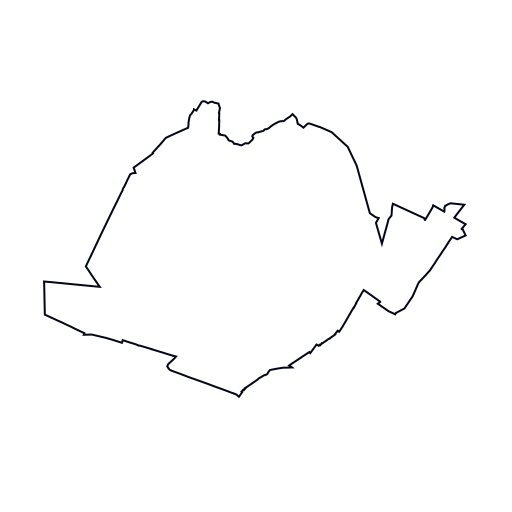 the district of Apodaca, Nuevo León, Mexico, rotated 295°
{"feature_id": "50627088B93095957405368", "entity_name": "Apodaca", "entity_type": "district", "adm_level": 2, "iso_a3": "MEX", "parent_name": "Mexico", "parent_adm1": "Nuevo León", "projection": "robinson", "projection_center": [-100.188, 25.787], "detail": "fine", "context": "isolated", "style": "outline", "palette": "ink", "viewbox_px": 512, "rotation_deg": 295, "n_neighbors": 0, "source": "geoboundaries", "source_scale": "gbopen_adm2", "svg_char_len": 5993}
<svg xmlns="http://www.w3.org/2000/svg" viewBox="0 0 512 512"><g transform="rotate(295 256 256)"><path d="M222.4,363.3L223.9,363.6L225.9,363.9L227.3,364.1L229.4,364.4L230.2,364.4L232.9,364.7L235.4,364.9L239.0,365.2L243.1,365.6L246.1,365.8L250.8,366.3L250.8,366.6L251.6,366.6L255.5,366.8L255.6,366.6L256.0,366.6L256.8,366.7L259.6,367.0L262.5,367.2L263.9,367.4L265.4,367.4L267.2,367.6L270.7,368.0L270.5,369.2L269.6,374.3L269.4,375.5L269.2,376.4L269.1,377.3L268.2,381.6L267.9,383.6L267.3,386.7L267.1,387.8L266.9,388.0L266.7,387.9L264.2,386.6L263.8,389.2L263.6,390.1L262.7,395.5L262.5,396.4L262.0,399.5L262.0,401.8L262.0,402.1L262.0,402.6L262.0,403.5L262.0,406.8L263.4,406.8L263.7,407.0L263.9,407.2L269.6,411.5L270.6,412.3L271.2,412.7L283.8,414.7L285.6,415.0L292.0,414.9L294.2,414.8L297.9,414.7L300.4,414.7L300.6,414.7L301.1,414.8L303.5,415.6L309.8,417.7L312.8,418.6L314.5,419.1L314.8,419.2L316.1,419.7L318.3,420.0L324.0,420.9L330.0,421.7L332.4,422.1L336.1,422.7L339.0,423.1L344.8,424.1L346.0,424.1L346.6,424.3L349.1,424.6L349.3,424.8L349.9,424.6L350.8,424.8L356.2,425.7L356.2,431.3L363.2,437.3L367.5,432.1L367.2,431.1L367.4,430.9L373.4,432.5L373.7,428.6L374.5,419.5L380.9,420.9L390.5,423.1L386.5,411.5L386.3,411.2L386.3,410.9L386.0,410.2L385.7,409.7L385.4,409.4L384.6,408.8L384.3,408.4L382.8,407.3L381.5,406.5L381.4,406.2L380.4,406.3L380.1,406.4L379.8,406.4L379.0,406.4L378.9,406.5L378.5,406.8L378.3,407.0L376.3,407.8L375.8,407.9L376.8,395.1L376.7,395.0L375.9,395.5L375.4,395.4L373.9,395.4L363.3,394.4L360.1,394.0L360.1,393.7L360.3,393.4L360.6,393.2L360.8,393.0L361.4,392.5L361.2,358.0L360.8,358.1L359.6,358.3L359.2,358.4L359.0,358.5L358.4,358.6L358.2,358.6L357.8,358.7L349.9,361.7L345.6,360.6L344.7,360.7L339.9,361.6L336.9,362.1L336.5,362.2L333.7,362.6L322.4,364.6L322.0,364.6L320.4,364.9L336.7,350.7L339.1,350.9L342.2,351.2L341.9,349.3L341.8,347.9L341.8,347.5L342.6,342.9L342.9,341.1L380.4,309.1L393.7,293.0L400.2,272.2L399.9,259.2L399.7,258.7L398.7,248.7L398.6,248.4L398.6,248.2L398.4,247.8L398.2,247.5L397.9,247.1L397.6,246.9L396.9,246.5L392.4,244.8L392.6,244.0L393.2,240.8L393.5,238.3L393.4,238.0L396.6,235.6L397.1,235.2L397.8,234.5L398.1,234.1L398.4,233.5L399.0,231.8L400.0,229.2L396.7,227.9L394.8,226.7L393.4,225.8L392.3,225.2L391.0,224.7L390.1,224.1L389.7,223.7L389.3,222.8L388.7,221.6L388.2,220.9L387.3,219.9L384.4,217.6L382.3,216.2L381.8,215.8L381.2,215.5L379.9,214.8L379.0,214.4L377.6,213.7L377.4,213.6L377.1,213.4L376.8,213.2L376.2,212.8L375.8,212.4L375.6,212.2L375.4,212.0L375.2,211.6L375.1,211.3L375.0,211.1L374.8,210.8L374.4,210.4L374.2,210.3L373.8,210.2L373.4,210.1L373.0,210.0L372.7,209.8L372.4,209.6L371.9,209.1L371.3,208.2L370.9,207.9L370.4,207.3L370.3,207.1L370.1,206.9L369.9,206.7L369.7,206.5L369.5,206.2L369.0,205.7L368.6,204.9L368.4,204.6L368.2,204.4L367.9,204.0L367.2,203.5L366.3,203.0L365.9,202.8L364.6,202.2L364.2,202.0L363.8,201.9L363.4,201.9L363.0,202.0L362.7,202.3L362.4,202.7L362.2,203.1L362.2,203.5L361.8,203.7L360.1,203.6L357.0,202.5L355.7,202.0L354.8,201.5L353.5,198.5L350.2,196.2L349.8,194.6L349.4,191.3L348.4,188.7L349.1,187.8L349.6,186.7L349.7,185.6L349.5,184.6L349.3,182.4L350.8,180.2L351.6,178.5L352.1,177.1L350.7,172.0L351.4,171.7L351.1,170.5L357.2,168.1L363.6,165.3L363.6,165.0L369.7,162.5L369.7,162.3L369.7,162.2L369.8,162.0L369.9,161.9L370.1,161.9L372.8,161.3L373.2,161.3L373.5,161.2L373.9,161.0L374.7,160.9L374.9,160.8L377.2,158.5L378.0,157.8L378.3,157.6L377.9,156.0L377.4,153.7L377.3,151.1L376.7,150.0L376.3,149.7L376.1,149.4L374.1,147.9L374.6,144.7L374.4,144.1L373.8,142.5L373.5,142.2L372.6,141.6L362.6,140.5L362.7,137.8L362.4,137.9L361.9,138.0L359.3,137.7L359.0,137.6L358.8,137.6L357.9,137.5L355.8,136.8L354.5,136.9L351.4,137.6L350.6,137.8L348.3,138.5L346.6,139.3L345.7,139.6L344.5,139.9L343.6,140.3L333.7,131.7L328.2,127.0L324.9,124.3L317.1,122.2L310.2,120.0L305.9,118.7L305.4,119.3L284.4,107.8L280.3,111.7L279.3,109.9L278.8,109.1L278.4,108.7L278.0,108.4L277.5,108.0L277.2,107.6L276.6,107.4L272.7,107.4L271.7,107.3L268.0,107.3L266.6,107.4L266.2,107.3L263.7,107.3L262.7,107.3L262.2,107.1L261.4,107.0L259.0,107.3L258.1,107.3L257.0,107.2L251.4,107.1L242.6,106.9L238.7,106.8L210.4,106.4L188.5,106.3L179.1,106.2L175.2,106.2L174.6,106.2L173.0,109.0L168.7,116.0L166.5,119.7L165.1,122.2L162.0,127.4L153.5,103.4L150.8,95.7L146.0,82.1L143.3,74.7L140.2,76.3L113.6,89.4L113.7,107.7L113.8,107.7L113.7,111.5L113.7,119.7L113.6,119.9L113.5,133.1L111.8,133.2L114.8,139.1L115.4,140.4L118.4,154.8L119.4,161.3L120.7,171.2L123.4,170.8L124.1,176.9L125.1,183.9L125.3,186.9L125.2,187.2L125.2,187.8L125.4,188.0L125.7,188.7L127.5,200.7L127.4,200.7L127.5,201.4L128.2,206.4L129.2,213.4L129.3,214.1L129.7,217.1L130.1,220.0L130.3,221.5L130.5,222.6L130.4,222.7L130.4,223.0L130.6,223.4L130.7,223.6L130.7,223.8L130.8,224.5L131.1,226.0L128.9,225.4L128.0,225.0L126.6,224.5L123.5,223.2L123.2,223.1L122.7,222.9L122.1,222.6L121.7,222.5L121.6,222.4L121.1,222.2L120.7,222.1L120.2,222.1L119.2,222.2L118.4,222.2L117.8,223.4L117.7,223.6L117.4,223.8L116.9,224.7L116.4,226.0L116.4,227.6L116.4,228.2L117.2,237.5L117.8,246.1L118.6,254.4L119.2,260.8L119.5,264.2L119.9,268.3L119.9,268.5L120.0,269.9L120.2,273.0L121.0,281.5L121.4,286.8L121.5,287.4L121.5,288.0L121.8,292.3L121.9,293.6L122.0,293.6L122.2,296.4L122.2,296.5L121.6,298.6L121.4,299.3L121.2,300.0L126.7,301.0L127.0,300.2L129.5,301.0L129.3,301.7L131.7,302.4L131.8,302.0L134.5,303.7L144.2,309.4L144.6,309.6L146.2,310.2L148.0,311.5L148.6,312.0L150.8,313.3L151.0,313.6L151.5,314.0L152.6,315.3L153.1,315.6L153.3,315.8L153.6,316.0L154.1,316.1L154.6,316.2L155.7,316.2L156.8,316.4L157.9,316.7L158.4,316.8L158.6,316.9L163.3,323.4L165.9,327.3L166.6,328.5L167.4,330.3L170.2,335.7L170.8,332.3L191.5,344.9L190.9,346.2L201.4,348.3L201.1,350.8L201.8,351.0L202.5,351.2L202.4,352.0L204.7,352.4L204.7,352.9L207.4,354.5L208.9,355.4L209.1,355.5L211.3,356.7L211.5,357.0L212.6,357.6L212.6,357.8L212.8,357.9L213.3,358.1L214.3,358.6L216.0,359.6L216.5,359.9L218.3,360.9L218.4,360.6L222.8,361.6L222.4,363.3Z" fill="none" stroke="#020617" stroke-width="2"/></g></svg>